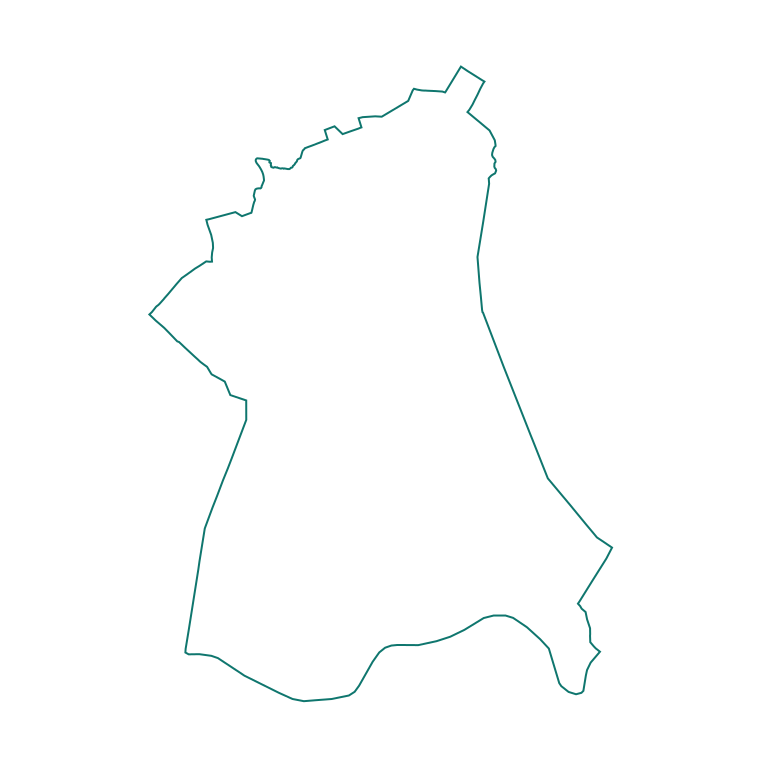 Līgatne, Ligatnes, Latvia, rotated 184°
{"feature_id": "27541924B25651481219831", "entity_name": "Līgatne", "entity_type": "district", "adm_level": 2, "iso_a3": "LVA", "parent_name": "Latvia", "parent_adm1": "Ligatnes", "projection": "mercator", "projection_center": [25.043, 57.237], "detail": "fine", "context": "isolated", "style": "outline", "palette": "teal", "viewbox_px": 768, "rotation_deg": 184, "n_neighbors": 0, "source": "geoboundaries", "source_scale": "gbopen_adm2", "svg_char_len": 3856}
<svg xmlns="http://www.w3.org/2000/svg" viewBox="0 0 768 768"><g transform="rotate(184 384 384)"><path d="M149.9,132.0L154.3,135.0L156.4,136.9L160.2,140.8L160.9,147.2L160.9,148.9L161.4,154.7L165.0,163.4L167.0,170.6L171.1,173.6L172.1,175.0L172.7,176.0L175.2,178.4L174.0,180.4L162.6,201.9L150.0,225.4L145.1,236.7L146.3,237.4L160.9,245.8L164.7,249.8L172.5,257.9L186.9,273.1L188.0,274.3L206.2,293.2L214.0,301.3L231.8,338.4L234.2,343.3L246.5,369.1L248.8,373.9L265.8,409.5L290.2,462.1L290.7,462.4L291.0,463.5L291.3,464.6L293.5,478.1L295.8,491.6L299.6,517.2L296.3,553.2L293.1,591.1L293.7,595.3L293.9,596.4L292.8,597.9L291.4,599.5L290.2,600.4L287.9,601.9L287.0,604.7L287.5,606.2L288.6,607.3L289.1,608.5L289.2,611.7L288.2,613.4L288.6,615.2L289.7,616.6L291.4,618.2L292.2,620.0L292.1,622.2L291.2,626.0L290.4,627.9L289.3,629.2L289.5,630.6L290.5,634.9L296.4,644.3L319.7,661.1L318.0,663.5L315.2,668.9L313.0,674.3L312.5,675.4L310.8,679.4L308.6,685.1L306.1,690.7L304.9,692.7L307.5,694.0L322.4,702.0L329.4,706.0L342.9,679.9L343.4,679.1L346.2,679.8L352.9,679.8L361.0,679.6L363.7,679.6L364.1,679.5L366.8,679.5L371.7,680.0L374.7,680.6L375.1,680.0L375.8,679.0L379.6,668.1L404.9,650.5L411.5,650.4L423.9,648.7L427.9,647.4L424.4,638.4L425.8,637.8L427.1,637.1L434.9,633.8L442.7,630.4L447.0,634.0L451.3,637.6L456.1,635.4L460.8,633.2L459.0,628.6L457.2,624.0L460.1,622.7L462.9,621.3L472.7,616.7L476.1,615.2L479.5,613.6L480.0,612.5L480.7,612.0L481.3,611.1L481.6,610.3L482.0,608.5L483.0,603.9L483.3,603.4L483.8,603.2L485.5,602.3L485.9,601.8L486.2,601.3L486.3,600.6L486.5,599.9L487.4,598.8L487.6,598.4L488.1,597.9L488.3,597.1L489.0,596.2L490.1,595.1L490.4,594.0L491.0,593.4L492.0,593.2L492.6,592.4L493.4,591.8L495.0,591.7L498.3,592.1L499.0,591.8L499.7,592.1L501.0,592.0L501.7,591.7L502.1,591.7L504.0,592.0L504.9,592.2L505.4,592.6L506.2,592.4L507.6,592.7L508.5,592.6L509.1,592.1L509.8,592.1L510.3,592.3L511.4,592.5L511.8,593.0L511.7,593.7L512.2,594.2L512.2,594.9L512.1,595.5L512.1,595.9L512.3,596.6L513.0,596.7L513.6,596.9L513.9,597.4L513.6,597.9L513.5,598.6L514.5,599.5L515.7,599.7L518.8,600.0L519.4,600.0L520.9,600.2L526.1,600.3L526.6,600.1L527.4,599.2L527.6,598.3L527.4,597.2L526.6,595.7L525.4,594.3L524.1,592.9L523.1,591.6L521.6,589.4L520.2,587.0L519.2,584.7L518.6,582.6L518.0,579.5L517.9,578.7L518.1,578.0L518.3,577.5L519.6,573.5L519.9,572.9L519.9,571.8L520.3,571.0L520.9,570.5L522.2,570.5L523.9,570.2L524.8,569.9L525.8,569.2L526.3,568.0L527.1,562.6L526.3,560.8L525.5,559.1L525.7,557.7L526.2,556.6L526.9,553.4L527.6,549.0L528.1,546.1L528.3,545.5L529.4,545.1L537.4,541.5L544.2,545.1L570.0,536.2L572.7,535.4L571.1,530.5L566.8,520.7L564.6,512.9L564.1,508.8L564.0,507.7L564.6,503.3L564.7,498.2L564.1,494.1L566.2,493.8L569.9,493.9L576.4,488.9L580.5,486.0L587.9,479.8L593.1,475.6L598.2,468.9L605.6,458.7L609.2,454.0L609.6,453.3L610.1,452.7L613.6,448.2L614.7,447.0L616.0,445.9L616.8,445.1L618.4,442.7L620.6,439.5L622.9,437.0L616.1,431.3L607.1,424.6L603.4,421.3L602.8,420.8L593.2,412.1L591.4,411.6L585.0,406.3L578.5,401.1L574.9,398.2L571.2,395.3L569.9,394.2L568.5,393.1L565.1,390.9L561.7,388.8L557.6,382.9L556.6,381.6L547.2,377.3L543.0,375.3L537.9,365.0L536.5,362.2L520.3,358.0L518.9,338.6L524.8,319.0L530.7,299.3L533.9,288.9L537.9,276.7L542.7,260.7L546.5,248.6L552.7,227.4L555.7,194.2L556.3,185.8L561.5,126.4L563.0,110.2L563.4,106.1L563.4,102.3L560.0,100.7L549.4,101.6L537.3,100.8L530.6,99.0L511.5,88.2L510.2,87.5L502.9,83.3L467.3,68.6L453.3,63.4L441.8,62.0L429.3,63.9L414.3,66.1L397.3,70.8L391.8,74.9L387.8,81.3L375.9,106.2L370.0,115.9L364.5,121.0L358.4,123.6L352.4,124.6L331.6,125.9L313.7,131.1L300.3,136.5L293.0,140.7L286.7,144.3L268.2,157.5L258.4,160.7L246.6,161.5L238.9,159.7L224.4,151.3L210.4,140.3L201.1,131.6L188.3,97.8L186.0,94.9L178.4,89.7L170.8,87.9L165.5,89.7L163.7,91.8L162.3,107.2L161.5,112.8L158.4,120.5L149.9,132.0Z" fill="none" stroke="#0f766e" stroke-width="2"/></g></svg>